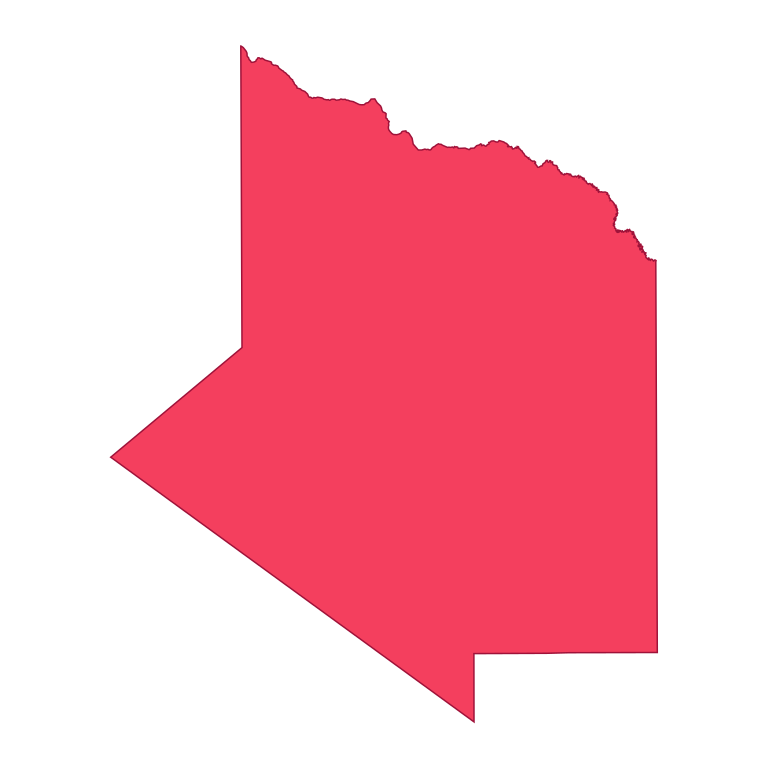 Pilagás, Formosa, Argentina (Albers equal-area conic projection)
{"feature_id": "61730980B93218501090462", "entity_name": "Pilagás", "entity_type": "district", "adm_level": 2, "iso_a3": "ARG", "parent_name": "Argentina", "parent_adm1": "Formosa", "projection": "albers", "projection_center": [-58.554, -25.093], "detail": "fine", "context": "isolated", "style": "filled", "palette": "rose", "viewbox_px": 768, "rotation_deg": 0, "n_neighbors": 0, "source": "geoboundaries", "source_scale": "gbopen_adm2", "svg_char_len": 6043}
<svg xmlns="http://www.w3.org/2000/svg" viewBox="0 0 768 768"><path d="M474.0,721.9L473.9,653.6L546.5,653.3L569.2,652.7L657.3,652.5L655.8,261.7L656.1,260.7L655.5,260.1L654.7,260.0L654.0,260.8L653.4,261.0L652.5,259.7L651.7,259.2L651.3,259.3L650.4,260.2L649.9,259.3L649.1,259.8L648.5,259.8L648.3,259.6L649.0,258.7L648.8,258.0L648.4,258.0L647.4,258.8L646.0,257.5L645.8,256.6L646.1,255.5L645.2,254.8L645.7,253.6L645.8,252.8L645.4,252.8L644.6,253.6L644.0,251.7L642.0,252.0L642.0,251.7L643.3,250.9L643.1,250.1L642.5,249.1L640.5,249.9L640.2,249.9L639.8,249.2L639.8,248.4L642.1,248.0L642.6,247.0L642.6,246.5L641.4,245.9L639.1,246.8L638.3,246.5L638.2,245.6L640.3,245.4L640.9,244.9L641.0,244.3L640.7,244.1L639.4,244.3L638.7,243.9L639.1,242.7L638.3,241.4L637.1,241.8L637.2,239.7L636.7,239.6L635.8,238.0L634.5,238.0L633.7,237.4L633.8,236.7L634.8,236.9L635.1,236.7L634.6,236.2L634.7,235.3L633.8,234.7L632.3,234.3L632.1,233.6L632.2,233.2L633.8,233.4L633.5,232.0L633.2,231.8L632.1,232.2L631.9,231.5L630.8,231.4L630.3,231.0L629.6,229.5L629.2,229.8L628.8,231.1L628.3,231.5L628.2,229.9L627.3,229.5L626.8,230.0L626.6,231.4L626.4,231.9L626.0,231.7L625.6,230.6L625.3,230.6L625.2,231.1L624.6,231.2L623.9,231.9L623.3,232.1L622.5,230.8L622.1,230.9L622.0,231.6L621.7,231.9L620.5,230.7L619.8,230.5L619.7,230.7L619.8,231.4L619.4,231.8L618.1,232.4L617.1,232.3L616.9,231.8L617.9,232.0L618.4,230.2L617.6,230.0L616.3,230.9L615.9,230.8L615.9,228.9L614.6,228.1L614.8,227.1L613.5,225.4L614.5,224.8L614.6,224.3L613.5,224.2L613.4,223.7L613.5,223.4L614.1,223.4L614.5,221.3L615.4,220.4L613.9,219.4L614.0,218.6L614.7,218.7L615.2,219.3L615.9,219.1L615.9,218.5L614.8,218.2L614.7,217.8L615.2,217.1L616.0,216.9L616.2,216.4L617.1,215.5L617.1,215.1L616.1,214.7L616.2,213.9L616.7,213.7L617.3,214.0L617.7,213.4L617.7,212.9L617.1,211.8L617.1,211.2L617.5,210.4L616.4,209.9L616.5,209.6L617.3,209.2L617.2,208.9L616.3,208.2L616.6,207.1L616.3,206.9L615.6,207.2L615.4,206.9L615.5,206.4L616.0,206.0L616.0,205.3L614.3,204.8L614.5,204.2L613.3,202.4L611.4,200.4L610.9,200.2L610.2,200.5L610.3,198.9L609.4,198.3L609.4,197.5L608.9,196.6L609.0,195.4L607.0,194.3L607.7,193.5L607.2,192.8L605.1,192.0L602.6,192.2L601.7,191.8L600.5,192.0L599.4,191.6L598.5,192.1L598.0,190.7L598.2,190.4L598.7,190.3L598.8,189.9L597.7,189.3L597.1,190.0L596.6,190.1L596.8,187.6L596.4,187.6L596.0,188.2L595.4,188.2L594.8,186.7L594.4,186.3L594.1,186.4L593.9,187.0L593.3,187.1L593.4,186.0L593.2,185.8L592.6,186.1L592.1,185.8L592.6,184.5L592.3,184.0L591.8,184.1L591.2,184.8L589.9,183.5L588.6,183.8L588.2,184.2L587.6,183.5L586.5,182.8L586.2,181.3L585.0,180.9L584.7,180.1L583.5,179.7L583.5,179.3L584.2,178.8L584.1,178.3L583.3,178.1L583.0,178.7L582.5,178.9L582.4,177.6L581.4,177.3L580.5,176.3L579.9,176.4L579.4,177.7L578.9,177.8L579.0,176.7L578.6,175.5L576.4,176.9L575.7,176.2L575.1,176.1L574.1,176.8L573.8,176.5L572.7,176.6L571.4,175.8L570.6,174.3L569.4,174.8L569.4,174.1L566.6,173.5L565.7,174.2L564.6,173.9L564.0,174.9L562.1,173.8L561.2,173.7L561.0,173.2L561.4,172.8L560.5,172.4L560.2,171.7L559.4,171.1L559.1,169.9L558.0,169.7L557.6,168.8L557.7,167.6L557.0,166.6L556.8,165.8L556.2,165.5L554.8,165.4L553.1,164.7L552.6,163.7L552.5,162.0L551.0,162.5L550.9,161.2L550.3,160.7L549.8,160.7L549.2,161.9L548.4,162.3L547.5,161.6L547.4,161.0L547.5,160.4L546.6,160.4L545.9,160.9L545.0,162.6L543.1,163.7L542.1,165.9L541.0,166.0L538.9,167.2L537.9,167.3L537.4,166.9L536.9,165.8L536.1,165.0L535.8,164.2L534.7,163.4L534.9,162.9L535.5,162.6L535.5,162.1L534.1,161.0L532.6,161.4L532.3,161.0L530.9,160.4L530.2,159.3L528.8,159.0L528.8,157.7L527.9,158.0L526.3,156.4L525.2,156.0L523.9,153.6L522.6,152.3L522.3,151.2L520.9,150.4L520.4,149.4L519.0,148.6L518.6,147.0L518.2,146.6L517.3,146.5L517.6,147.6L516.7,148.2L516.3,148.2L516.0,147.4L515.7,147.4L514.2,148.6L512.7,149.0L512.3,148.7L512.1,147.5L511.4,146.6L510.4,146.9L509.1,146.3L508.5,146.7L507.8,146.7L507.6,146.3L508.4,145.8L508.4,145.3L507.1,144.2L506.8,143.6L504.9,142.8L503.9,142.0L499.4,140.6L499.1,140.6L498.0,141.9L497.2,142.1L495.6,141.8L493.7,140.9L491.2,141.1L490.4,142.0L488.8,142.5L489.1,143.4L488.9,144.1L487.4,144.6L486.5,145.8L485.8,146.2L485.3,146.1L483.7,145.0L482.9,145.4L481.6,145.6L481.6,144.3L480.6,143.9L479.3,144.9L476.6,145.7L474.2,148.1L470.5,148.3L469.7,149.4L469.0,149.6L465.1,148.1L458.3,148.4L457.6,147.1L456.5,146.8L455.7,147.1L454.6,146.5L454.4,146.6L453.8,147.8L452.3,147.0L450.7,147.4L448.8,147.2L447.5,147.4L442.6,145.3L441.1,144.3L439.7,144.3L438.4,143.8L436.2,145.1L434.7,146.4L433.3,147.0L431.6,148.5L431.2,149.4L430.4,149.9L429.1,149.9L428.0,149.3L426.5,149.6L424.9,149.1L421.7,150.0L418.3,150.0L413.2,144.1L412.1,138.2L409.1,133.5L408.0,132.6L406.4,132.3L405.9,130.9L402.6,131.3L401.9,131.7L400.8,133.3L398.8,134.2L396.7,134.7L393.5,134.5L391.8,133.5L389.8,131.3L388.7,129.6L388.4,128.2L388.4,126.7L388.8,125.2L388.5,123.1L389.2,121.5L387.6,120.2L387.1,118.8L385.9,117.9L386.1,113.7L385.1,112.8L382.9,111.9L381.9,110.0L381.5,108.0L380.6,106.0L377.1,102.7L374.8,98.9L371.1,99.1L370.0,100.7L368.2,102.6L366.0,103.1L364.1,104.7L361.4,104.8L359.2,104.5L353.2,101.6L349.9,101.0L347.8,100.1L346.6,100.2L345.2,99.3L342.8,99.5L340.9,99.0L339.4,99.8L336.2,100.2L334.7,99.3L332.5,99.2L331.2,99.4L330.3,100.1L329.5,100.3L328.3,99.6L327.0,99.9L323.8,99.2L322.9,98.4L321.9,97.9L317.7,97.2L315.4,97.9L313.9,97.5L313.2,98.1L312.5,98.2L312.1,98.2L310.6,97.2L309.5,97.3L308.6,96.6L307.6,94.1L304.9,91.5L301.5,90.1L300.8,89.3L300.0,88.8L297.0,88.0L296.8,86.4L294.5,84.2L293.8,82.2L292.9,81.2L292.6,79.9L291.5,79.2L289.8,77.5L289.1,76.1L287.2,74.7L285.7,73.0L284.1,72.1L283.2,71.0L282.1,70.5L278.9,68.1L278.0,66.3L277.5,65.9L275.5,65.2L273.7,65.3L271.6,63.8L271.4,63.5L271.5,62.5L270.9,61.8L265.2,60.2L262.3,58.3L261.7,58.3L261.1,58.8L260.7,58.8L259.1,57.8L258.1,57.8L257.8,57.9L257.1,59.2L256.2,60.0L255.9,61.1L255.5,61.4L253.8,62.1L252.3,62.3L251.8,62.4L251.1,62.0L250.4,60.8L249.1,59.6L248.6,57.8L247.4,56.5L247.1,55.7L247.0,53.2L246.2,51.3L243.3,47.6L241.3,46.2L240.8,46.1L242.0,347.6L110.7,457.2L243.8,554.2L474.0,721.9Z" fill="#f43f5e" stroke="#9f1239" stroke-width="1.5"/></svg>